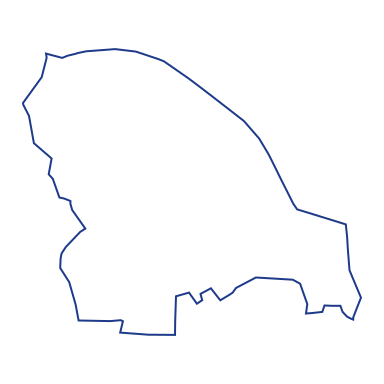 outline of Zango, Katsina, Nigeria
{"feature_id": "59680162B91454305469147", "entity_name": "Zango", "entity_type": "district", "adm_level": 2, "iso_a3": "NGA", "parent_name": "Nigeria", "parent_adm1": "Katsina", "projection": "orthographic", "projection_center": [8.555, 12.959], "detail": "fine", "context": "isolated", "style": "outline", "palette": "blue", "viewbox_px": 384, "rotation_deg": 0, "n_neighbors": 0, "source": "geoboundaries", "source_scale": "gbopen_adm2", "svg_char_len": 1189}
<svg xmlns="http://www.w3.org/2000/svg" viewBox="0 0 384 384"><path d="M120.2,332.6L148.4,334.7L175.0,334.9L175.2,320.6L176.0,296.3L189.0,292.6L196.9,303.7L202.2,300.2L200.5,293.9L210.9,288.3L220.3,300.3L229.7,294.6L232.6,292.7L236.1,287.9L255.9,277.5L292.8,279.7L300.1,283.7L307.3,304.1L306.0,313.5L311.5,313.1L322.3,311.9L324.5,305.5L331.8,305.8L340.4,305.8L342.6,311.9L347.0,316.6L351.4,318.9L353.2,319.6L353.3,318.3L353.2,317.5L358.9,302.9L361.0,297.7L349.5,270.3L347.8,248.7L347.1,236.7L345.8,224.4L319.7,216.3L297.2,209.4L293.3,203.8L287.3,191.8L284.4,186.1L279.6,176.5L274.6,166.3L268.7,154.5L259.2,138.6L243.9,121.0L222.8,104.6L213.5,97.4L198.4,85.8L188.4,78.3L163.9,61.3L158.4,59.1L135.9,51.6L115.2,49.1L86.2,51.3L78.0,53.0L75.5,53.8L67.7,55.7L62.2,57.9L46.0,53.6L46.6,57.1L46.5,58.4L41.7,77.2L39.5,80.2L35.7,85.5L34.5,87.1L23.0,103.0L23.3,104.8L29.0,115.9L33.9,143.2L51.6,158.5L48.7,174.3L52.8,178.8L59.4,197.5L62.2,198.1L64.3,198.6L67.4,199.8L70.4,201.0L70.4,203.8L72.2,210.0L85.3,228.6L80.2,231.9L65.9,246.9L61.6,253.4L60.6,258.6L60.2,268.0L69.2,282.1L75.6,304.5L78.6,320.5L110.2,321.1L120.7,320.2L122.9,321.2L120.2,332.6Z" fill="none" stroke="#1e3a8a" stroke-width="2"/></svg>